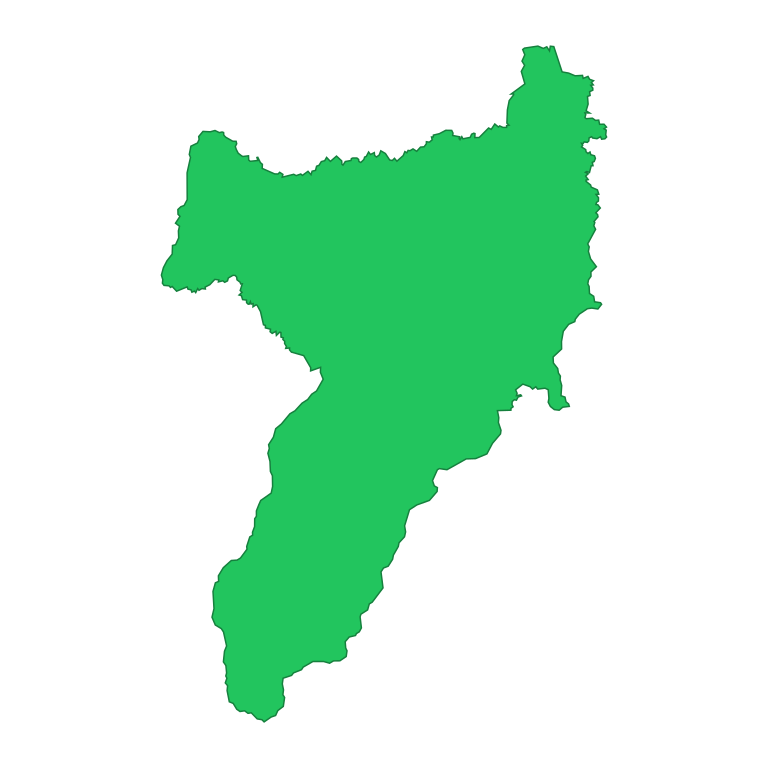 Valdivia, Antioquia, Colombia
{"feature_id": "7082276B28088679265990", "entity_name": "Valdivia", "entity_type": "district", "adm_level": 2, "iso_a3": "COL", "parent_name": "Colombia", "parent_adm1": "Antioquia", "projection": "mercator", "projection_center": [-75.403, 7.242], "detail": "fine", "context": "isolated", "style": "filled", "palette": "green", "viewbox_px": 768, "rotation_deg": 0, "n_neighbors": 0, "source": "geoboundaries", "source_scale": "gbopen_adm2", "svg_char_len": 6100}
<svg xmlns="http://www.w3.org/2000/svg" viewBox="0 0 768 768"><path d="M189.3,154.5L190.5,157.4L187.1,172.8L187.2,199.7L184.1,205.5L180.9,206.7L177.9,209.5L178.0,214.3L180.0,216.3L175.5,223.2L179.5,226.2L178.4,230.9L178.7,237.9L175.6,244.7L172.5,245.5L172.2,254.1L166.9,260.9L163.4,267.7L161.4,275.1L162.8,279.6L162.4,283.2L164.0,285.4L169.0,285.8L170.5,287.4L172.2,286.5L176.6,291.2L187.1,286.9L188.0,289.2L191.0,289.8L191.9,292.2L194.5,291.1L195.7,292.6L197.7,288.6L199.0,290.3L201.8,288.6L205.4,289.0L205.1,287.1L209.8,284.7L214.8,279.4L218.8,279.9L218.4,281.9L222.8,280.8L224.7,282.3L227.5,280.9L228.3,278.0L233.0,275.3L235.3,275.5L236.7,277.2L237.0,279.8L240.1,282.2L240.7,283.9L242.3,283.8L240.2,290.5L242.0,292.3L239.1,295.0L241.4,295.6L242.6,299.6L246.5,300.1L246.6,302.7L248.2,304.2L249.3,304.1L250.4,301.7L251.1,304.1L253.1,303.6L253.0,306.8L256.1,304.8L257.2,305.4L260.5,311.6L263.5,324.8L265.4,325.4L265.4,327.9L270.5,329.2L270.1,331.7L272.2,333.4L275.9,331.3L276.4,335.4L279.8,332.1L280.9,332.5L281.0,337.1L283.3,337.8L282.9,339.5L284.7,341.2L284.6,343.5L286.4,346.4L285.7,348.4L289.6,348.0L289.5,349.8L291.4,352.1L303.7,355.6L310.7,367.7L310.6,370.9L320.6,367.3L320.4,372.3L323.2,379.2L316.5,391.0L311.7,394.2L307.7,399.5L302.0,403.2L295.0,410.8L290.0,413.7L281.5,423.9L275.7,428.7L273.4,437.2L268.6,444.7L269.3,448.5L267.9,453.3L270.0,461.5L270.4,471.4L272.4,475.7L272.6,486.5L271.2,493.1L260.7,500.5L258.8,504.8L256.4,510.9L256.4,516.3L254.7,518.7L254.6,526.6L252.5,532.2L252.6,535.2L249.8,536.9L246.7,546.5L247.0,549.2L240.5,558.0L237.1,560.1L231.3,560.5L223.3,567.7L218.4,575.8L218.6,581.4L215.4,582.8L213.0,591.4L214.0,608.6L212.0,617.2L215.3,625.0L221.3,628.6L223.5,632.0L226.6,646.0L224.5,651.2L223.4,661.9L225.9,665.6L226.6,673.0L225.8,676.0L226.9,678.2L225.3,682.9L227.6,685.7L227.1,690.6L229.3,701.8L233.2,703.4L236.7,709.2L240.0,711.5L244.6,710.8L248.0,713.3L251.3,712.8L257.2,718.9L261.9,719.7L264.1,721.9L271.2,717.0L275.6,715.5L277.8,710.6L283.3,706.4L284.6,697.5L282.9,694.7L283.5,689.9L282.3,683.9L283.1,678.2L291.6,675.4L293.5,672.9L301.5,669.7L303.2,667.1L312.9,661.5L323.6,661.5L329.6,663.2L333.5,660.9L339.9,660.8L346.2,656.5L347.0,650.8L345.7,648.0L345.2,641.7L349.2,637.0L355.5,635.5L356.4,633.6L359.3,631.8L361.4,627.9L360.1,616.9L360.9,614.2L367.6,609.9L369.3,603.9L372.2,602.2L383.0,587.9L381.0,571.9L383.5,568.0L388.2,566.2L392.6,559.3L393.4,555.1L398.3,546.5L399.0,542.8L404.5,536.8L405.6,531.9L404.6,525.8L409.5,509.7L416.9,504.9L429.4,500.4L437.1,491.5L437.4,487.6L434.3,485.9L432.5,480.6L437.4,469.7L439.3,468.6L447.0,469.7L466.2,458.9L475.6,458.6L486.9,453.9L492.5,443.3L500.5,433.9L501.0,430.3L498.4,422.5L498.8,417.7L497.4,410.6L510.9,410.2L511.0,408.3L513.1,406.8L512.0,404.6L512.2,401.5L514.4,399.7L516.4,400.2L518.1,397.0L521.5,395.9L520.7,394.8L516.4,395.7L517.1,393.3L515.6,389.8L522.8,384.1L530.1,386.7L532.6,389.1L535.8,386.8L537.7,389.1L545.0,388.2L548.2,389.7L548.9,398.4L548.2,402.2L550.4,406.5L554.3,409.6L559.2,410.2L562.7,407.2L569.3,406.4L568.6,404.0L566.0,401.8L565.0,397.1L561.0,395.7L561.7,385.5L560.1,379.8L560.4,376.1L558.4,373.0L557.7,368.5L553.4,363.0L553.1,357.0L561.6,349.0L561.5,341.5L563.3,331.3L568.7,324.3L574.8,321.6L575.3,319.2L579.2,314.2L587.4,308.7L591.8,308.1L597.9,309.0L601.6,304.3L600.5,302.7L594.6,301.8L593.7,296.3L589.5,293.5L589.1,286.4L587.8,283.9L588.5,279.8L591.0,276.3L590.9,272.0L596.4,266.7L590.6,258.9L588.4,251.4L589.2,246.9L587.7,243.9L595.6,229.3L593.8,225.8L594.8,222.5L594.0,221.5L598.0,216.8L597.6,214.6L595.8,212.8L600.3,208.0L597.8,204.7L595.9,204.5L596.5,202.4L598.4,201.1L598.5,197.7L596.0,194.4L598.8,194.2L597.4,189.9L591.2,187.1L590.6,185.0L586.1,181.4L586.0,180.1L588.2,179.6L585.6,176.1L588.2,173.8L585.4,172.3L586.8,171.5L589.5,172.4L591.2,165.8L593.0,165.7L592.3,162.4L594.2,161.5L595.4,158.4L594.5,155.8L590.8,154.7L590.0,152.0L587.9,153.5L586.0,151.7L585.7,149.6L581.5,146.9L582.7,145.3L581.5,143.3L583.1,143.5L584.2,141.9L587.3,142.4L588.8,141.0L589.1,137.9L591.6,136.7L592.6,138.0L597.0,138.7L600.5,136.7L601.6,139.2L604.9,138.8L606.6,137.0L605.7,135.0L606.2,130.1L604.0,128.8L606.5,127.1L604.0,124.2L599.6,124.3L598.7,120.1L595.5,120.4L592.4,118.2L586.2,118.7L584.9,117.5L585.8,114.6L584.9,112.9L589.6,113.0L586.1,110.8L588.1,104.1L587.5,96.4L590.1,95.5L589.6,91.7L592.8,90.2L592.8,88.1L590.7,85.3L593.3,84.9L591.4,82.5L593.5,80.7L589.6,79.3L588.0,76.4L583.2,78.4L582.5,75.4L575.1,75.8L568.7,73.1L562.1,71.9L553.8,46.6L550.3,46.2L549.5,50.9L546.8,46.8L543.3,48.4L537.9,46.1L524.5,48.1L522.7,49.5L524.8,54.8L522.0,61.1L524.6,65.3L521.3,71.4L524.9,83.9L511.2,94.0L513.5,93.9L513.7,94.8L509.2,100.6L507.4,109.9L506.9,123.1L509.0,125.2L506.6,125.6L506.6,127.4L502.9,127.4L499.7,125.9L498.4,127.0L494.8,124.0L491.2,129.4L488.6,128.0L479.2,137.5L474.8,137.6L475.0,133.6L473.8,133.2L471.6,134.2L470.2,137.4L462.9,138.8L461.8,136.7L460.0,139.7L459.1,138.7L459.7,136.8L452.7,135.5L453.0,133.1L451.7,130.4L445.8,130.3L439.3,133.7L433.4,135.1L433.3,136.9L431.5,137.0L432.2,139.8L429.3,142.2L426.4,141.7L426.3,143.9L424.1,146.8L420.5,147.1L416.7,151.3L413.0,148.9L410.0,150.7L408.1,150.4L406.8,152.8L404.9,151.6L403.2,155.6L396.9,161.2L394.5,158.3L392.3,160.5L389.7,160.0L385.4,153.5L380.8,150.8L379.2,155.0L376.5,157.0L374.6,155.5L374.3,152.6L370.5,154.5L368.6,152.0L366.3,156.4L364.6,157.1L363.9,159.5L360.8,162.5L358.9,161.5L358.6,159.4L356.9,158.0L352.8,158.0L351.4,158.6L351.0,160.5L345.3,161.5L343.0,165.1L341.9,164.2L341.7,160.9L336.5,156.1L330.4,161.4L326.6,157.4L324.7,160.7L321.3,161.6L319.0,165.3L316.6,166.2L315.5,170.4L312.1,171.2L311.0,174.7L308.0,171.3L302.4,175.4L300.8,174.0L296.2,175.6L293.7,174.3L282.2,177.2L282.9,174.4L279.7,172.3L278.0,174.0L274.6,173.9L262.2,168.4L262.4,164.3L260.4,162.6L257.8,157.3L256.9,157.5L257.8,160.5L250.2,161.3L248.7,160.0L248.5,155.8L242.8,156.5L241.4,155.7L238.2,153.2L236.3,149.5L235.3,146.5L236.7,143.8L236.1,141.3L232.7,141.2L225.7,137.2L223.8,135.2L223.6,132.5L222.1,132.0L219.3,132.6L215.0,130.5L210.2,131.8L203.0,131.4L198.7,136.5L199.1,139.4L197.5,143.0L190.9,146.2L189.3,154.5Z" fill="#22c55e" stroke="#15803d" stroke-width="1.5"/></svg>